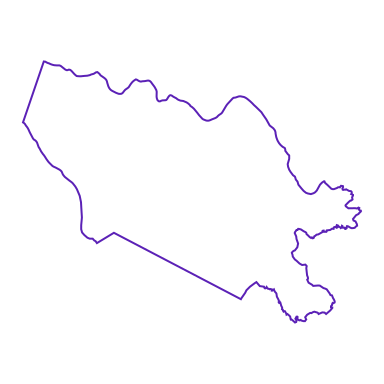 outline of St Helen Estate, Micoud, Saint Lucia
{"feature_id": "8701671B95563300423658", "entity_name": "St Helen Estate", "entity_type": "district", "adm_level": 2, "iso_a3": "LCA", "parent_name": "Saint Lucia", "parent_adm1": "Micoud", "projection": "equal_earth", "projection_center": [-60.905, 13.787], "detail": "fine", "context": "isolated", "style": "outline", "palette": "violet", "viewbox_px": 384, "rotation_deg": 0, "n_neighbors": 0, "source": "geoboundaries", "source_scale": "gbopen_adm2", "svg_char_len": 5918}
<svg xmlns="http://www.w3.org/2000/svg" viewBox="0 0 384 384"><path d="M240.9,299.2L241.5,298.1L245.2,292.8L246.4,290.3L250.0,286.7L254.7,283.2L256.4,282.1L259.8,286.1L264.0,286.7L264.3,287.7L265.1,288.4L265.8,288.2L266.6,287.0L267.3,288.2L268.1,288.8L268.6,288.7L269.8,289.3L270.3,289.0L271.9,289.4L271.8,290.6L272.4,290.6L273.9,289.4L274.2,290.3L274.9,291.7L275.9,292.8L276.4,293.5L276.9,296.7L278.4,299.5L279.0,301.2L279.6,301.5L279.5,302.4L278.9,302.5L279.2,303.0L280.4,302.8L281.2,305.7L282.0,307.3L282.2,307.9L282.0,309.2L282.8,309.7L282.9,310.5L283.5,311.5L283.9,311.1L284.9,311.2L285.2,311.7L286.3,313.7L286.5,314.6L287.4,314.0L289.7,316.0L290.2,316.7L290.6,319.0L290.8,319.5L291.3,319.3L293.4,321.0L295.0,322.5L296.2,322.0L296.5,320.7L295.4,318.7L296.5,316.7L297.4,316.7L297.6,317.0L297.3,318.7L297.9,319.5L299.3,320.4L300.7,319.9L301.2,320.5L303.3,321.1L305.0,321.1L305.8,319.9L306.2,319.5L305.2,317.2L307.2,314.7L310.2,312.9L311.5,313.1L312.6,312.3L314.3,311.7L317.4,312.6L318.2,313.2L318.6,314.0L322.3,312.4L324.6,312.6L326.1,314.0L330.2,310.5L332.3,308.0L332.3,307.7L331.7,307.7L331.0,307.4L331.0,306.2L331.9,305.4L332.1,304.2L332.6,303.1L333.0,303.4L334.6,302.5L334.7,301.6L334.4,300.6L333.9,299.5L333.0,298.0L332.0,295.4L330.5,295.1L329.6,293.4L326.7,289.3L324.9,288.5L323.5,288.1L319.8,285.6L318.1,285.5L313.2,285.9L312.1,284.8L308.6,282.7L307.2,279.7L308.0,278.8L307.9,277.4L307.1,275.4L306.7,271.9L306.3,268.1L306.7,266.1L305.4,264.6L302.1,265.0L299.5,263.5L296.6,260.8L294.8,259.4L292.8,256.6L292.5,254.7L291.8,252.8L292.5,251.8L293.6,250.9L294.9,250.4L297.3,247.3L298.1,243.5L296.5,239.0L296.2,236.4L294.7,233.0L295.2,231.8L295.5,231.5L296.5,230.0L297.5,230.0L297.7,229.5L298.1,228.9L298.8,228.9L300.9,229.4L303.6,231.2L305.4,232.1L306.2,232.7L306.6,234.2L307.6,235.0L309.9,237.3L310.4,237.4L311.1,238.0L311.9,237.4L312.8,238.3L313.6,238.0L314.4,236.2L315.2,235.9L316.5,234.7L318.3,234.4L322.4,232.1L322.5,231.0L323.1,230.6L323.7,230.6L323.8,231.8L324.7,231.8L326.4,231.8L326.7,231.3L326.6,230.6L326.7,230.4L330.1,230.0L332.2,228.6L332.6,228.6L333.1,228.9L333.6,228.9L333.8,227.7L334.2,227.1L335.6,226.9L336.5,227.8L336.8,227.8L337.6,226.8L337.8,226.3L336.6,225.7L336.8,225.1L338.0,225.5L338.4,226.0L338.9,226.9L339.4,226.9L340.1,227.2L340.7,228.1L341.8,227.5L342.0,225.8L342.4,226.0L342.7,227.2L343.1,227.8L343.5,227.7L344.8,227.7L345.0,227.8L345.0,228.7L345.2,229.0L345.5,229.0L346.6,228.3L346.9,226.2L347.7,226.2L348.6,226.6L349.5,227.2L351.3,228.1L353.1,228.1L354.7,227.8L355.9,226.5L357.1,225.7L356.9,224.2L355.5,221.4L353.5,220.5L353.0,219.0L356.1,215.2L358.5,214.0L358.9,213.3L360.4,212.0L361.0,211.1L360.8,210.6L359.7,210.4L358.9,209.5L359.3,208.0L358.5,207.6L357.0,208.5L355.2,208.2L348.4,208.3L345.8,206.3L345.5,205.4L345.7,205.0L348.9,201.8L350.5,200.5L351.2,200.5L352.5,199.5L352.1,197.3L353.0,195.5L353.0,194.9L351.2,194.1L351.8,193.1L351.6,191.8L351.0,191.2L349.0,190.9L346.1,189.3L345.4,189.7L344.6,189.6L343.2,189.9L342.7,189.7L342.4,188.6L343.1,187.1L342.9,186.1L341.0,185.8L339.9,187.3L339.6,187.1L337.8,187.4L337.0,188.0L334.0,189.1L332.5,189.1L331.4,188.8L327.5,185.0L325.1,182.9L324.4,181.3L323.9,181.3L321.9,182.7L320.0,184.7L316.8,190.5L315.1,192.3L313.6,193.2L310.9,194.1L307.9,193.5L306.0,192.8L303.6,190.9L301.5,188.5L298.4,184.7L297.5,181.6L295.8,179.5L295.3,177.7L294.9,176.6L293.0,175.2L291.0,172.5L290.6,172.0L289.2,169.7L288.1,166.8L287.7,164.1L289.2,158.9L289.2,155.6L288.9,155.1L287.9,154.3L285.3,150.8L285.3,149.8L284.9,148.2L283.7,147.4L282.6,146.8L280.6,145.0L279.1,143.2L277.9,141.2L277.4,140.2L276.5,137.8L276.2,136.8L275.6,133.7L275.5,132.4L275.2,131.2L274.7,130.1L273.3,128.3L269.7,125.5L266.3,119.4L263.1,114.8L261.4,112.2L260.6,111.4L256.1,107.0L253.9,105.0L252.3,103.3L250.2,101.3L247.3,98.9L245.5,97.7L244.6,97.3L244.0,97.0L241.9,96.6L240.7,96.3L239.6,96.3L238.5,96.5L235.6,97.5L234.4,97.7L233.5,97.8L232.5,98.6L227.6,103.9L226.8,104.9L226.0,106.1L222.3,112.3L221.7,113.1L221.0,113.7L218.9,115.1L217.9,116.0L217.1,116.9L216.3,117.5L215.2,118.1L212.1,119.3L210.3,120.1L209.2,120.5L208.2,120.7L207.3,120.7L206.1,120.5L203.3,119.4L202.4,118.8L199.1,115.2L197.2,112.7L193.9,108.7L192.1,107.1L190.9,106.3L190.2,105.7L189.8,104.9L188.1,103.4L186.6,102.4L183.3,101.0L180.4,100.6L178.6,99.9L177.5,99.3L176.3,98.3L173.3,96.7L171.8,95.6L170.7,95.2L170.0,95.3L169.4,95.7L168.4,96.9L167.2,98.9L166.4,99.9L165.7,100.2L164.2,100.3L163.5,100.3L162.4,100.4L161.1,100.8L159.9,101.4L158.6,101.2L157.5,100.1L156.9,98.6L156.6,96.9L156.6,95.2L156.7,91.7L156.3,90.1L154.8,87.3L153.9,86.0L152.0,83.5L151.1,82.2L150.1,81.2L148.8,80.6L147.5,80.6L144.9,81.1L142.2,81.3L140.9,81.6L139.6,81.3L138.4,80.7L137.2,79.9L135.9,79.4L134.7,80.1L133.6,80.9L132.4,82.0L131.4,83.2L130.5,84.4L128.7,87.2L127.6,88.1L125.3,89.7L124.3,90.8L123.4,92.0L122.4,93.2L121.2,93.8L119.9,93.9L118.6,93.8L116.0,92.8L112.1,90.8L110.9,90.0L109.9,89.0L109.0,87.7L108.3,86.2L107.3,83.0L106.9,81.3L106.2,79.8L105.2,78.7L104.1,77.8L100.5,75.3L99.6,74.0L98.5,73.0L97.4,72.1L96.1,72.3L93.7,73.8L91.1,74.5L89.9,75.1L88.6,75.4L87.3,75.7L84.6,75.9L80.6,76.3L78.0,76.2L76.6,76.0L75.5,75.1L74.4,74.1L71.4,70.8L70.2,69.9L68.9,69.6L67.7,70.1L66.4,70.1L65.2,69.5L60.7,65.9L59.4,65.4L56.8,65.4L54.2,65.2L52.9,64.9L51.6,64.5L50.3,64.0L49.1,63.4L47.8,63.0L46.5,62.4L45.4,61.7L43.8,61.5L23.0,122.4L24.1,123.1L25.1,124.2L25.9,125.6L26.8,126.7L27.7,128.0L28.5,129.5L29.8,132.4L32.9,138.3L33.8,139.5L35.0,140.2L36.1,141.2L37.0,142.5L38.1,145.6L38.7,147.2L39.6,148.5L41.1,151.4L42.9,154.0L43.9,155.2L44.8,156.5L46.5,159.2L48.3,161.7L49.3,162.8L52.5,166.0L53.7,166.7L55.7,167.6L59.4,169.6L60.5,170.4L61.6,171.5L62.9,174.5L63.8,175.7L64.8,176.9L69.3,180.5L71.6,182.2L72.7,183.2L75.3,186.5L76.9,189.2L79.7,195.8L81.0,202.2L81.3,207.7L81.9,217.5L81.2,225.2L81.2,229.3L82.1,232.5L84.3,235.0L87.4,237.7L89.8,238.7L92.7,238.7L94.2,240.4L95.6,241.2L96.9,243.1L113.9,232.8L240.9,299.2Z" fill="none" stroke="#5b21b6" stroke-width="2"/></svg>